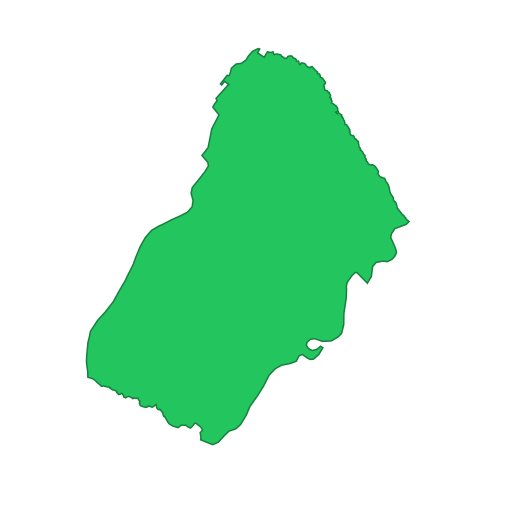 Ysyk-Ata, Chuy, Kyrgyzstan (Albers equal-area conic projection), rotated 31°
{"feature_id": "92254566B31675215078110", "entity_name": "Ysyk-Ata", "entity_type": "district", "adm_level": 2, "iso_a3": "KGZ", "parent_name": "Kyrgyzstan", "parent_adm1": "Chuy", "projection": "albers", "projection_center": [74.932, 42.711], "detail": "fine", "context": "isolated", "style": "filled", "palette": "green", "viewbox_px": 512, "rotation_deg": 31, "n_neighbors": 0, "source": "geoboundaries", "source_scale": "gbopen_adm2", "svg_char_len": 5956}
<svg xmlns="http://www.w3.org/2000/svg" viewBox="0 0 512 512"><g transform="rotate(31 256 256)"><path d="M165.5,72.2L163.7,74.1L160.6,75.0L160.7,81.4L152.7,81.1L152.6,76.7L151.1,77.0L147.7,82.2L146.5,88.0L146.5,93.2L144.2,98.4L140.0,101.8L138.2,107.6L140.1,114.0L139.8,115.6L138.2,115.9L136.9,126.9L138.5,127.1L139.2,122.5L144.5,123.1L143.9,124.2L140.6,141.5L142.7,143.1L142.2,146.7L142.3,150.7L151.6,154.1L152.6,169.8L159.1,187.8L157.9,197.7L166.6,200.6L168.8,203.4L168.8,209.9L167.7,218.8L166.1,230.1L168.1,235.7L173.6,241.0L175.9,246.8L174.8,253.5L170.7,260.2L165.1,268.2L160.6,275.6L157.1,280.8L153.2,287.9L151.6,297.1L151.9,307.6L153.7,319.6L155.1,326.4L156.0,338.6L156.6,345.1L156.7,355.3L157.2,368.8L155.6,381.8L153.4,392.5L152.9,405.9L154.7,410.8L156.5,416.7L162.6,429.4L165.2,434.1L171.6,442.2L174.3,446.5L179.4,445.3L180.5,445.3L182.1,445.5L184.6,446.1L190.9,447.3L192.4,445.6L193.7,445.6L195.3,445.0L195.8,444.9L196.1,444.7L196.7,444.5L197.1,444.2L198.3,443.9L198.6,444.4L199.1,444.3L199.3,444.5L200.3,444.5L200.5,444.4L201.0,444.6L202.3,444.6L202.6,444.5L203.0,444.0L203.9,443.9L204.8,443.7L205.2,443.9L206.2,443.7L206.9,444.7L208.7,445.1L209.3,445.5L209.8,445.5L210.0,445.1L210.5,444.7L211.0,444.2L211.5,442.9L212.2,442.8L212.7,442.9L213.0,443.3L213.7,443.4L214.3,444.1L214.9,444.5L215.2,444.8L215.4,444.6L215.8,444.9L216.1,444.7L216.8,444.8L217.4,444.7L217.9,443.2L219.0,442.1L219.3,442.1L219.7,441.7L221.0,441.6L222.5,441.5L223.5,441.9L223.8,441.8L224.0,441.2L224.4,441.0L225.1,440.2L226.5,439.8L227.8,438.6L229.1,439.6L230.6,440.3L231.3,440.2L231.4,441.3L231.9,441.8L232.1,442.4L232.5,442.5L233.1,443.4L234.6,443.8L236.4,443.4L236.8,443.4L240.0,442.2L241.0,440.7L241.1,439.7L242.9,439.5L244.8,439.1L245.6,438.1L246.7,434.9L248.1,435.9L248.9,437.1L249.9,437.7L251.1,438.0L252.1,437.7L252.1,437.4L252.6,436.9L257.3,438.7L258.1,439.9L259.6,441.0L260.3,440.6L266.0,443.8L268.1,444.6L272.5,444.6L277.7,443.2L278.9,440.1L279.1,439.2L281.3,438.3L282.6,437.3L283.8,437.3L285.1,437.5L286.9,437.6L288.5,437.1L289.0,435.7L289.7,430.7L290.8,430.3L294.3,430.8L296.3,431.0L298.0,431.6L299.6,432.5L299.6,434.2L299.1,436.1L302.3,440.0L303.2,442.1L316.1,440.0L319.6,435.0L321.4,426.2L323.1,419.9L327.7,414.6L329.6,408.3L329.6,397.1L328.3,388.0L329.3,374.9L329.5,363.5L328.6,351.5L330.6,342.6L334.1,336.5L340.6,330.6L344.7,325.5L344.3,319.6L346.2,316.6L352.6,317.0L355.6,316.8L358.4,314.8L360.6,308.0L360.6,300.2L357.7,300.2L357.1,302.4L355.8,305.2L352.8,308.1L348.8,308.3L345.3,306.8L344.2,303.9L345.5,299.4L348.8,296.7L352.1,295.9L356.9,295.0L364.3,290.0L368.2,282.8L369.2,278.2L366.6,269.7L360.9,259.9L355.0,245.6L351.3,238.8L349.0,235.3L347.8,231.8L348.3,223.7L349.4,219.3L351.0,218.2L365.5,222.0L365.4,221.0L365.4,217.5L365.5,214.3L361.4,204.9L362.3,199.7L367.3,195.1L371.6,193.1L374.2,189.0L375.1,185.1L374.8,180.9L372.2,178.1L368.5,175.3L362.0,170.8L360.7,167.3L360.9,161.0L368.5,151.5L369.5,147.6L369.2,147.6L368.8,147.9L367.8,147.2L366.7,147.3L364.9,146.6L364.8,146.3L364.5,146.2L364.4,146.4L363.6,146.2L362.6,145.5L361.9,145.2L359.9,145.1L358.6,144.4L358.4,144.4L352.6,142.2L352.0,141.7L350.8,140.3L348.6,138.3L347.5,137.9L346.0,137.7L345.3,137.4L344.9,137.0L343.7,135.5L343.3,135.1L342.6,134.7L341.1,134.1L339.1,133.1L338.2,132.5L337.1,131.2L335.6,129.7L334.9,128.8L333.8,127.7L331.1,125.9L329.0,125.3L328.7,125.1L327.6,124.0L326.4,123.2L325.9,123.3L325.3,123.6L322.9,123.8L322.7,124.0L322.0,124.2L321.4,124.1L318.9,123.2L318.3,122.8L318.0,122.3L317.6,121.0L317.2,120.3L312.5,118.0L311.6,117.7L309.1,117.7L308.7,117.9L307.2,118.9L306.5,119.1L304.9,119.2L304.6,119.2L304.0,118.5L303.4,118.3L303.1,118.0L302.6,117.9L302.1,118.1L301.8,118.0L301.6,117.8L301.1,116.8L300.8,116.4L300.1,116.0L299.1,115.8L298.9,115.7L298.0,114.6L298.1,114.4L297.8,113.9L297.3,113.5L296.1,113.4L294.1,112.2L293.6,111.8L292.7,111.6L291.1,111.6L290.8,111.4L290.6,111.2L290.8,110.7L290.1,110.1L288.1,109.3L286.5,107.3L285.8,106.7L285.0,105.3L283.9,104.9L283.4,105.0L282.2,104.6L281.6,104.3L281.3,104.3L280.6,104.6L280.1,104.5L279.4,103.8L279.0,103.7L278.5,103.1L278.0,103.0L277.6,102.7L275.5,103.5L275.2,103.5L274.1,102.9L273.3,102.6L273.0,102.2L272.6,102.0L272.8,101.3L272.6,100.9L272.3,100.6L271.5,100.4L271.5,99.9L271.3,99.4L270.7,99.1L270.2,99.1L269.8,98.7L268.5,98.0L268.0,97.6L267.2,97.6L266.9,97.3L265.9,96.8L264.6,97.4L263.9,96.9L263.5,95.9L261.9,94.5L261.5,94.5L258.6,92.3L258.3,92.3L257.9,92.6L257.6,92.5L257.4,92.2L257.3,91.7L257.0,91.1L256.5,90.8L255.6,91.1L253.6,90.7L253.1,90.8L252.3,92.1L250.1,91.7L250.5,91.1L251.0,90.6L251.9,90.1L252.1,89.8L252.0,89.7L251.3,89.3L250.6,88.5L250.1,87.5L249.0,86.8L248.0,86.6L247.0,85.9L246.6,86.0L245.2,86.0L244.2,85.8L243.2,85.9L241.8,85.8L241.7,85.5L241.3,84.1L241.2,83.9L240.1,83.5L239.8,82.8L239.2,82.1L237.6,82.0L237.4,81.9L237.6,80.7L237.3,80.1L237.0,79.8L236.0,79.2L235.2,79.1L234.9,78.2L234.1,78.1L233.5,78.4L232.2,77.7L231.8,77.6L231.1,78.0L230.3,78.0L230.0,78.3L229.8,78.3L229.5,78.3L228.9,77.8L228.2,76.7L227.0,75.5L226.3,75.3L226.0,75.1L226.0,74.7L226.3,74.1L226.4,73.8L226.3,73.1L226.4,72.6L226.6,72.1L226.2,71.6L225.2,70.9L224.4,70.7L222.9,70.0L222.7,70.0L222.4,69.7L221.9,69.7L221.0,69.3L219.8,69.5L218.9,69.5L218.7,69.3L218.0,68.0L217.5,68.0L216.8,67.4L216.0,67.5L215.7,67.7L214.7,68.0L214.6,67.9L214.4,67.5L214.3,66.9L214.0,66.6L211.9,66.4L210.3,66.0L208.5,65.3L207.7,65.1L206.7,64.7L206.4,65.1L205.7,65.2L205.5,66.7L204.3,66.8L204.0,67.4L202.9,67.3L201.8,67.1L200.8,66.8L200.0,66.3L198.7,66.0L197.8,66.1L195.5,67.0L195.3,67.4L195.3,68.1L195.1,69.3L194.3,69.2L192.0,67.0L191.2,67.7L190.2,68.2L189.3,67.0L188.5,66.5L186.0,66.9L185.4,66.8L185.0,66.5L184.0,66.2L183.6,66.3L183.0,66.4L182.3,66.8L181.5,67.5L180.8,68.2L180.5,68.7L180.6,69.5L180.5,70.4L179.6,71.2L178.7,71.9L178.3,71.9L177.5,71.4L176.5,71.7L175.7,71.5L174.7,71.6L173.9,70.9L173.1,70.9L171.9,71.4L170.0,72.0L168.7,73.0L168.4,73.6L168.1,73.9L167.6,74.0L167.0,73.8L166.3,72.8L165.5,72.2Z" fill="#22c55e" stroke="#15803d" stroke-width="1.5"/></g></svg>